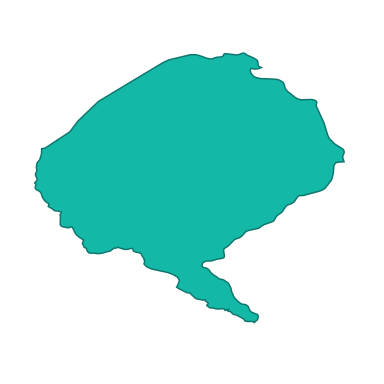 outline of Vakaga, rotated 264°
{"feature_id": "CAF-812", "entity_name": "Vakaga", "entity_type": "Prefecture", "adm_level": 1, "iso_a3": "CAF", "parent_name": "Central African Republic", "parent_adm1": "", "projection": "equal_earth", "projection_center": [21.98, 9.792], "detail": "fine", "context": "isolated", "style": "filled", "palette": "teal", "viewbox_px": 384, "rotation_deg": 264, "n_neighbors": 0, "source": "natural_earth", "source_scale": "10m", "svg_char_len": 4588}
<svg xmlns="http://www.w3.org/2000/svg" viewBox="0 0 384 384"><g transform="rotate(264 192 192)"><path d="M250.8,47.0L251.0,50.5L264.6,76.8L274.6,86.1L291.9,108.5L307.9,142.7L323.8,176.9L325.8,182.7L328.7,204.9L328.2,209.8L326.9,213.6L323.4,220.9L322.2,224.6L322.3,226.0L323.2,229.2L323.4,230.9L323.3,234.9L323.6,236.1L324.3,237.7L325.0,237.7L325.6,238.0L326.1,239.0L326.1,239.9L323.8,249.9L323.6,252.2L324.6,256.1L324.8,258.0L323.9,259.5L322.6,260.8L319.0,267.0L316.9,269.9L315.8,270.8L314.2,271.1L311.1,271.0L309.7,271.7L308.6,273.9L307.7,271.1L307.6,268.0L308.2,265.3L308.7,263.9L308.4,263.3L307.7,262.8L306.6,262.7L305.5,262.7L304.2,263.0L303.0,263.6L301.9,264.3L300.9,265.1L300.0,266.2L299.2,267.6L298.4,269.6L297.6,272.1L295.6,286.0L295.0,288.5L294.4,290.1L293.0,292.3L291.6,293.9L291.0,294.3L290.1,294.7L289.2,294.9L285.6,295.5L283.9,296.2L281.8,297.8L275.2,304.5L273.4,307.2L272.2,310.4L271.7,318.5L271.4,321.3L270.1,324.2L269.1,325.2L268.1,325.5L265.3,324.5L264.3,324.6L246.5,330.6L234.4,332.9L230.6,334.3L225.9,338.0L224.4,339.5L219.2,346.2L218.2,347.0L217.3,347.4L216.6,347.5L215.8,347.5L214.9,347.3L211.7,345.6L210.5,345.5L209.3,345.7L208.3,346.0L206.1,346.3L206.4,341.8L206.3,340.2L206.2,338.7L205.7,337.6L204.6,336.7L203.1,335.8L195.9,334.5L190.5,332.5L189.0,331.7L181.8,324.7L180.5,322.3L179.6,319.2L176.9,302.6L177.1,299.0L177.0,297.8L176.1,296.5L171.6,292.6L170.4,290.5L169.6,288.4L169.3,286.6L168.8,285.2L168.3,284.4L167.2,283.2L163.8,280.5L162.4,279.0L160.0,274.8L159.1,273.6L157.9,272.6L155.4,270.9L154.5,269.9L154.0,268.5L152.0,260.3L151.3,258.5L150.5,257.1L149.7,256.0L149.1,254.7L148.8,253.1L147.9,244.7L147.3,242.3L146.6,240.9L143.1,237.1L142.2,235.7L141.5,234.2L141.1,232.7L140.6,230.1L140.2,229.3L134.6,222.5L133.7,220.8L133.0,219.2L132.1,217.9L130.8,217.4L128.4,217.3L125.9,217.6L124.6,217.5L123.6,217.0L123.2,216.2L122.9,215.2L122.8,214.1L122.7,211.6L122.6,210.1L121.7,205.6L121.5,203.9L121.5,202.4L121.8,199.9L121.7,198.9L121.5,197.9L121.0,196.3L120.4,195.3L119.6,194.9L117.3,194.2L116.8,194.3L116.3,194.7L115.7,195.7L115.4,196.4L115.0,197.9L114.7,198.4L114.4,199.0L113.9,199.6L113.2,200.3L112.5,200.8L111.9,201.3L110.5,201.9L109.3,202.8L107.2,204.7L105.3,207.4L103.3,209.3L102.7,210.2L102.3,211.0L102.0,212.4L101.6,213.7L101.3,214.2L101.0,214.7L100.2,215.4L99.6,216.3L98.5,217.5L98.2,218.0L97.3,218.7L92.9,220.5L91.4,220.8L89.5,220.9L88.3,221.1L86.0,222.0L84.7,222.2L83.2,222.8L81.7,223.7L78.4,226.3L76.2,228.6L75.6,229.4L75.3,230.2L75.1,230.8L74.6,232.8L74.3,233.5L74.0,234.0L73.8,234.4L72.6,235.7L72.1,236.0L71.2,236.3L69.7,236.5L67.2,237.7L66.7,238.2L66.3,238.6L66.0,239.2L65.5,240.3L65.2,240.8L64.6,241.6L63.6,243.9L63.2,244.4L62.7,244.7L61.8,244.9L60.2,244.6L58.2,243.8L55.6,240.2L55.3,239.8L55.9,240.1L56.5,239.9L57.1,237.4L57.3,234.2L58.0,231.4L60.1,230.2L61.1,229.0L64.8,223.7L65.6,221.8L66.0,220.4L66.9,219.4L68.9,217.9L69.4,216.7L69.5,215.6L70.1,215.1L71.5,216.0L71.4,214.3L71.3,213.9L70.8,213.4L70.8,212.5L72.2,211.9L72.8,210.3L72.9,205.9L73.2,204.0L74.5,200.5L74.8,198.0L75.1,197.5L75.6,196.8L76.3,196.2L76.8,195.8L76.9,195.6L77.0,195.3L77.2,195.0L77.8,194.9L78.2,195.2L79.1,196.4L79.5,196.6L80.2,196.2L80.8,195.6L82.1,194.1L82.4,193.9L82.9,194.1L83.2,194.1L83.4,193.6L83.3,191.8L83.4,191.4L84.8,186.7L85.8,184.4L91.1,179.8L91.9,179.5L92.1,177.5L92.8,175.7L97.7,168.2L99.1,166.7L100.4,167.8L104.3,169.8L105.6,170.2L109.0,168.5L112.1,164.3L114.6,159.1L119.6,143.9L122.2,139.3L125.3,136.8L126.2,136.9L127.3,137.5L128.5,137.8L129.5,137.2L129.9,137.5L132.9,136.2L133.4,135.8L135.9,135.0L137.1,133.0L137.9,130.4L139.0,127.9L139.8,127.5L140.9,127.3L141.9,126.9L142.3,125.7L142.2,124.7L141.8,122.8L141.7,121.4L142.0,118.7L144.9,112.1L144.2,111.2L144.2,110.3L144.3,109.5L144.3,108.6L143.7,107.5L142.0,104.9L141.7,103.7L141.5,101.6L140.6,96.7L140.4,94.1L140.6,91.6L141.5,87.8L141.7,85.2L142.2,83.2L143.6,82.0L145.2,81.4L146.6,81.3L147.2,80.9L147.6,79.9L148.2,79.0L149.2,78.6L150.0,78.5L151.8,77.8L152.8,77.7L154.7,78.9L155.7,79.2L156.1,78.2L156.5,78.0L158.7,75.2L161.6,72.5L163.3,71.5L169.1,69.5L170.1,68.1L169.2,65.4L169.8,63.6L170.5,61.0L171.5,58.6L173.3,57.5L181.3,58.6L182.8,58.3L185.5,60.2L186.8,57.5L187.8,53.4L190.6,50.4L191.6,48.7L192.8,47.5L194.3,48.3L195.1,48.3L196.1,47.4L197.9,45.2L199.1,44.4L201.1,43.3L203.1,42.5L203.5,42.5L206.1,41.9L207.5,41.3L208.7,40.3L210.4,37.7L211.3,36.8L212.6,36.5L214.1,36.8L215.5,37.5L216.7,37.6L217.5,36.5L219.7,39.1L221.7,39.3L223.7,38.5L226.0,38.1L226.8,38.5L228.6,39.6L229.6,39.9L232.9,39.8L233.8,39.9L237.4,41.1L239.8,43.8L245.6,46.3L250.8,47.0Z" fill="#14b8a6" stroke="#0f766e" stroke-width="1.5"/></g></svg>